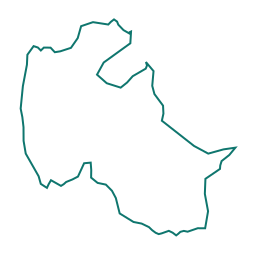 Nuvara Ĕliya, orthographic projection, rotated 88°
{"feature_id": "LKA-2450", "entity_name": "Nuvara Ĕliya", "entity_type": "District", "adm_level": 1, "iso_a3": "LKA", "parent_name": "Sri Lanka", "parent_adm1": "", "projection": "orthographic", "projection_center": [80.707, 7.013], "detail": "fine", "context": "isolated", "style": "outline", "palette": "teal", "viewbox_px": 256, "rotation_deg": 88, "n_neighbors": 0, "source": "natural_earth", "source_scale": "10m", "svg_char_len": 1197}
<svg xmlns="http://www.w3.org/2000/svg" viewBox="0 0 256 256"><g transform="rotate(88 128 128)"><path d="M104.9,234.6L82.5,231.6L61.2,226.8L51.3,226.0L42.9,219.5L44.4,215.3L47.5,212.4L44.7,209.3L45.0,202.6L49.7,198.5L49.0,193.0L45.9,182.2L36.4,175.1L24.6,171.3L21.0,159.3L23.9,144.1L21.3,141.4L19.0,138.2L21.3,135.2L24.4,134.1L30.0,129.1L33.6,123.3L32.3,123.0L31.7,121.6L43.4,122.7L61.7,150.0L73.6,157.1L82.5,147.7L87.4,133.9L82.5,127.3L76.4,121.5L69.3,108.2L66.1,106.8L62.7,107.8L72.0,100.5L86.7,102.3L95.0,100.4L106.9,92.2L114.9,92.1L121.9,93.9L148.2,62.7L156.4,48.7L152.7,33.3L151.4,21.4L158.5,27.7L164.3,35.6L168.6,37.1L172.1,37.5L181.5,52.4L196.5,53.5L214.0,50.9L230.9,54.4L230.6,61.8L233.7,72.0L232.8,75.8L233.6,79.3L235.5,81.5L237.0,83.6L234.2,87.0L232.2,90.8L234.5,98.1L235.1,101.0L233.7,104.0L231.0,107.4L227.8,110.5L224.0,117.7L222.1,125.8L213.1,139.3L197.6,142.6L190.2,146.2L183.8,152.1L181.8,160.3L176.3,166.6L168.7,166.2L161.3,166.5L161.7,173.1L174.8,179.7L177.5,185.4L179.8,191.7L181.9,194.2L183.5,197.0L177.5,206.8L181.3,209.2L185.0,211.1L180.8,217.1L173.1,219.0L150.0,231.1L137.2,232.8L123.6,232.4L113.5,233.2L104.9,234.6Z" fill="none" stroke="#0f766e" stroke-width="2"/></g></svg>